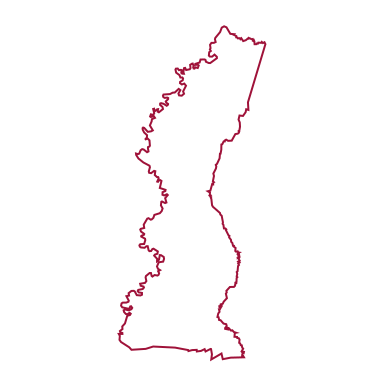 outline of Chumphon Buri, Surin, Thailand, rotated 92°
{"feature_id": "78962969B67487530152126", "entity_name": "Chumphon Buri", "entity_type": "district", "adm_level": 2, "iso_a3": "THA", "parent_name": "Thailand", "parent_adm1": "Surin", "projection": "mercator", "projection_center": [103.342, 15.383], "detail": "fine", "context": "isolated", "style": "outline", "palette": "rose", "viewbox_px": 384, "rotation_deg": 92, "n_neighbors": 0, "source": "geoboundaries", "source_scale": "gbopen_adm2", "svg_char_len": 6036}
<svg xmlns="http://www.w3.org/2000/svg" viewBox="0 0 384 384"><g transform="rotate(92 192 192)"><path d="M234.2,153.9L228.9,156.8L228.2,156.4L227.3,157.3L227.3,158.8L223.6,159.5L222.7,160.3L221.3,160.0L214.7,161.5L213.5,162.9L212.0,163.3L206.0,170.6L204.5,171.5L198.3,172.4L196.9,173.1L196.4,172.7L195.1,174.2L194.6,173.3L193.9,174.1L192.0,174.0L190.7,176.2L190.0,173.7L183.3,172.1L183.6,171.1L181.8,171.1L181.4,170.5L180.6,171.5L175.2,170.6L172.8,171.3L167.7,168.9L165.6,168.6L164.1,169.2L163.0,168.0L157.4,165.6L152.8,165.4L152.7,164.8L148.7,164.2L143.5,164.3L143.2,163.4L140.3,162.1L140.3,161.0L139.2,160.8L138.5,159.7L139.6,157.7L139.3,154.1L132.6,150.7L132.1,148.3L131.2,147.3L129.9,146.9L129.4,147.5L128.7,146.8L125.1,146.3L120.8,146.7L118.0,148.0L113.9,147.2L114.2,143.7L110.4,141.2L107.4,140.7L108.0,138.5L100.4,139.2L41.7,123.8L39.8,124.8L40.7,126.3L39.6,127.5L40.5,128.0L40.4,130.9L41.3,131.2L41.2,132.2L42.0,132.6L42.1,134.6L39.5,134.9L39.0,135.9L38.5,135.3L37.8,135.6L38.2,136.4L37.0,136.7L37.3,137.6L36.3,139.8L36.7,140.5L36.1,140.9L38.4,143.5L39.4,146.1L36.6,148.1L37.6,149.0L36.6,149.7L36.9,151.5L36.1,152.0L35.9,153.2L34.6,153.2L33.3,156.1L32.8,155.6L32.6,159.2L26.2,163.3L25.3,165.7L26.7,168.0L31.2,169.5L37.2,174.1L38.5,174.4L41.3,173.6L42.2,175.4L42.3,177.8L44.3,179.1L47.6,178.5L48.9,179.1L50.4,178.1L51.7,179.7L55.1,179.9L56.0,179.0L56.0,176.6L53.9,174.3L56.0,171.9L57.4,171.8L62.5,178.3L62.5,179.8L61.3,182.7L59.7,183.0L59.1,183.9L59.3,188.1L62.3,188.9L63.8,193.0L64.8,192.6L64.5,190.8L65.3,189.7L67.9,190.6L67.3,192.9L68.6,193.8L68.5,194.7L67.2,195.2L65.3,194.4L64.7,195.5L63.6,195.8L63.7,196.4L65.0,198.3L68.2,197.8L69.4,198.5L70.3,202.1L68.2,203.2L68.5,204.3L72.4,204.8L74.1,204.2L74.1,205.9L73.4,206.8L72.4,206.9L71.4,205.8L70.7,206.2L70.3,207.3L70.7,209.3L69.1,210.6L69.3,212.4L70.2,212.8L73.3,212.0L75.6,208.6L78.0,207.6L77.9,205.6L78.8,204.9L80.7,205.2L82.3,207.7L83.6,207.8L84.9,205.9L83.9,203.5L86.0,201.7L91.8,204.4L94.1,203.4L96.1,205.6L95.9,208.3L94.1,209.0L90.6,207.2L89.4,208.9L93.2,212.7L93.4,214.8L94.9,217.4L95.6,223.9L96.9,224.4L98.2,223.9L98.9,222.6L98.5,220.1L98.9,219.1L100.0,219.1L102.4,221.4L103.6,220.9L104.8,219.0L105.5,219.0L106.7,220.3L104.8,223.6L104.3,226.0L104.7,226.9L106.1,226.9L108.0,224.5L110.1,223.9L113.5,227.9L112.9,229.1L110.4,228.8L110.6,229.8L112.2,231.5L111.6,232.5L110.1,232.8L110.4,233.7L114.6,232.5L116.3,233.4L115.8,235.8L118.0,236.5L118.5,235.7L117.4,232.9L119.2,231.6L120.6,234.6L122.8,234.8L127.0,236.4L131.8,233.3L132.8,235.0L133.4,238.3L129.6,242.0L129.3,243.1L129.9,243.6L131.5,243.4L134.2,241.9L136.8,238.9L139.1,239.0L141.3,240.8L140.1,238.2L141.9,236.3L147.2,235.7L148.1,236.2L148.6,237.5L149.6,237.6L153.0,236.9L153.8,238.3L151.2,241.8L150.9,243.3L152.1,244.8L155.5,246.1L156.0,247.3L155.5,249.3L156.9,249.1L160.4,246.7L164.2,241.6L167.2,235.4L168.7,234.9L172.9,235.9L174.3,235.5L174.6,233.5L172.2,230.6L172.5,229.4L176.3,229.8L178.3,227.5L178.3,226.3L179.5,225.8L182.8,227.1L183.0,226.3L181.5,225.3L181.2,224.2L182.0,222.9L189.1,224.3L190.8,218.5L192.0,218.7L193.2,221.4L195.8,221.4L196.4,219.7L195.1,217.0L195.9,216.1L199.1,218.6L203.4,217.2L204.0,218.5L202.5,221.7L202.8,222.3L206.4,222.6L209.5,220.8L212.1,221.6L214.3,223.4L216.2,228.8L219.2,229.7L220.8,231.3L221.1,232.3L219.7,234.5L220.2,235.8L226.3,239.1L229.6,238.5L230.6,241.9L231.3,242.4L233.3,241.6L235.5,238.3L236.3,238.4L237.6,241.1L238.3,241.2L240.3,237.3L241.7,237.0L245.6,238.0L246.0,241.9L247.1,242.7L248.5,242.2L249.2,241.1L249.4,237.4L247.8,235.7L247.7,234.4L251.8,233.3L252.6,232.5L252.4,230.8L250.4,229.6L250.0,228.5L252.6,224.1L254.9,224.4L255.9,227.0L256.9,227.6L260.0,224.5L262.4,224.5L260.8,222.6L256.2,222.0L256.2,220.8L257.9,218.0L259.8,217.6L262.6,218.4L263.4,222.8L267.6,224.4L270.0,223.3L271.2,221.2L272.3,223.1L274.4,222.0L275.9,222.5L276.7,223.5L276.3,226.5L277.9,228.6L277.3,229.4L274.4,230.2L274.4,231.5L277.6,235.1L279.0,235.4L282.6,234.5L284.5,235.8L285.5,240.6L287.5,240.0L288.2,237.1L289.2,236.7L290.7,237.9L291.7,242.3L292.9,242.8L294.2,241.7L294.6,238.5L296.4,238.4L297.2,239.9L297.0,243.6L293.4,245.7L292.8,246.7L293.0,249.1L295.3,251.8L297.7,251.3L298.4,253.9L302.8,251.4L303.9,251.7L304.8,253.8L305.0,257.5L305.8,258.5L308.1,258.9L309.7,257.7L310.9,251.5L310.4,250.4L308.5,249.7L308.3,248.9L309.9,247.7L311.3,248.5L312.5,251.1L311.7,254.8L312.6,256.2L314.3,255.7L316.2,253.9L316.4,252.3L314.9,250.2L315.8,249.0L317.1,249.7L318.0,252.4L325.7,254.4L328.8,257.0L331.4,256.7L333.5,259.2L334.8,258.7L335.3,256.7L336.3,256.6L336.4,260.2L338.3,259.1L342.3,259.3L344.4,257.7L349.4,249.3L351.8,247.0L350.4,232.8L347.8,225.4L348.1,203.5L350.1,190.3L351.1,190.0L350.0,186.4L349.6,181.8L351.2,181.6L350.5,177.5L348.6,173.9L350.9,172.9L348.2,168.0L348.3,167.5L353.5,166.4L358.7,166.9L352.4,156.9L358.0,155.4L356.2,147.6L355.4,134.3L354.1,135.1L354.2,136.2L352.3,136.1L351.5,135.6L351.5,134.8L350.0,134.5L349.9,135.2L350.9,135.7L349.7,136.9L346.8,135.4L345.7,136.4L343.5,136.9L343.4,137.9L341.7,138.6L341.1,139.6L337.9,139.3L336.5,140.2L336.3,141.7L335.3,141.9L335.2,144.5L331.4,144.3L331.1,143.1L330.5,145.2L328.8,146.9L329.2,148.1L326.6,150.7L326.6,152.5L328.0,151.7L327.6,154.1L326.7,154.1L324.8,152.6L322.9,153.2L322.4,155.9L319.1,159.0L319.0,160.4L316.2,161.1L316.0,162.2L312.4,161.5L310.8,160.3L308.4,160.9L308.5,160.2L306.3,159.1L306.0,160.6L305.2,160.7L305.1,159.9L303.6,159.5L304.3,158.4L303.0,158.4L302.5,157.3L300.5,156.5L296.9,153.4L292.4,154.6L291.2,153.8L289.6,154.2L285.6,150.8L285.4,146.8L284.2,145.7L282.4,145.6L281.7,144.7L280.9,145.3L280.4,144.4L276.4,144.4L275.5,143.7L274.7,144.4L272.4,143.9L270.4,144.5L269.6,143.7L264.4,143.4L263.3,142.5L261.7,143.4L260.9,142.1L259.9,143.4L259.0,141.9L257.3,143.0L256.3,142.6L256.4,143.4L255.7,142.9L255.5,143.5L254.7,142.4L253.3,142.7L254.1,143.2L252.7,144.2L252.4,143.6L251.6,143.9L250.9,142.8L250.8,143.6L249.7,144.3L250.1,145.9L249.4,146.7L246.4,146.5L245.0,148.5L244.3,148.3L244.1,149.2L241.5,149.9L240.4,151.1L238.4,151.4L236.1,153.3L234.5,153.1L234.2,153.9Z" fill="none" stroke="#9f1239" stroke-width="2"/></g></svg>